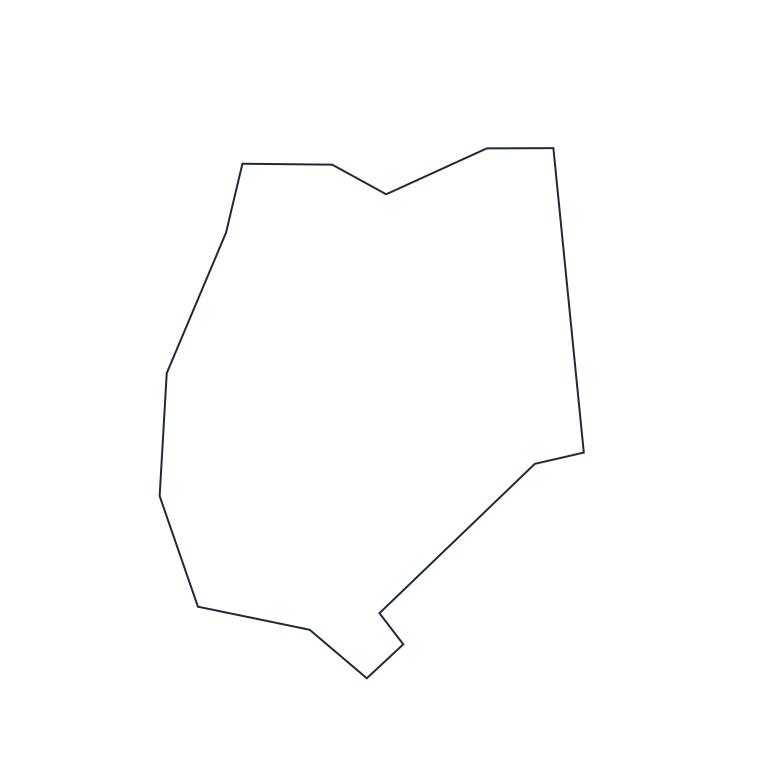 the district of Karshi city, Kashkadarya, Uzbekistan, rotated 201°
{"feature_id": "79887680B88652544593040", "entity_name": "Karshi city", "entity_type": "district", "adm_level": 2, "iso_a3": "UZB", "parent_name": "Uzbekistan", "parent_adm1": "Kashkadarya", "projection": "robinson", "projection_center": [65.821, 38.808], "detail": "fine", "context": "isolated", "style": "outline", "palette": "slate", "viewbox_px": 768, "rotation_deg": 201, "n_neighbors": 0, "source": "geoboundaries", "source_scale": "gbopen_adm2", "svg_char_len": 358}
<svg xmlns="http://www.w3.org/2000/svg" viewBox="0 0 768 768"><g transform="rotate(201 384 384)"><path d="M294.6,103.1L272.7,147.9L306.1,168.4L214.6,363.5L172.9,391.6L310.4,664.9L372.5,640.8L450.0,561.9L511.0,570.2L595.1,538.9L585.7,468.6L590.7,316.2L553.3,199.0L477.9,109.4L365.3,127.9L294.6,103.1Z" fill="none" stroke="#1e293b" stroke-width="2"/></g></svg>